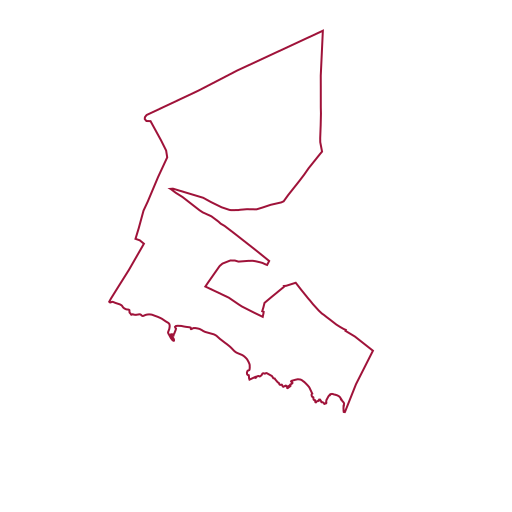 Al Raml, Al Iskandariyah, Egypt (Albers equal-area conic projection), rotated 246°
{"feature_id": "37247803B98787115048764", "entity_name": "Al Raml", "entity_type": "district", "adm_level": 2, "iso_a3": "EGY", "parent_name": "Egypt", "parent_adm1": "Al Iskandariyah", "projection": "albers", "projection_center": [29.965, 31.237], "detail": "fine", "context": "isolated", "style": "outline", "palette": "rose", "viewbox_px": 512, "rotation_deg": 246, "n_neighbors": 0, "source": "geoboundaries", "source_scale": "gbopen_adm2", "svg_char_len": 5962}
<svg xmlns="http://www.w3.org/2000/svg" viewBox="0 0 512 512"><g transform="rotate(246 256 256)"><path d="M434.6,408.7L433.1,314.3L430.5,270.6L429.3,213.5L428.8,212.4L428.5,212.0L428.3,211.4L427.4,210.6L426.3,210.1L423.9,210.8L423.2,212.2L422.1,214.5L400.2,216.3L388.9,216.8L382.2,215.0L368.0,198.7L349.7,179.2L343.2,171.7L329.0,160.1L320.7,152.9L317.6,156.2L312.8,158.6L295.1,134.4L284.7,118.9L276.2,106.3L273.9,103.3L273.3,103.5L273.0,103.7L272.8,104.0L272.7,104.4L272.7,105.3L272.6,105.8L272.5,106.3L272.2,106.6L271.9,107.0L270.3,108.5L267.5,111.6L266.9,112.2L266.3,112.6L265.8,113.0L265.2,113.3L264.7,113.4L263.5,113.6L262.8,113.8L262.4,114.0L261.5,114.5L260.7,115.2L260.1,115.7L259.7,116.3L258.9,117.7L258.5,118.1L258.3,118.2L258.1,118.3L257.7,118.2L256.2,117.6L255.7,117.5L255.3,117.6L254.6,117.9L254.4,118.0L253.5,118.0L253.4,118.0L253.1,118.2L253.0,118.4L252.9,118.6L253.0,119.5L252.9,119.8L252.4,120.2L252.0,120.7L251.6,121.4L251.1,122.3L251.0,122.6L250.8,123.5L250.5,124.4L250.3,125.4L250.1,125.9L250.0,126.2L249.6,126.6L249.4,126.8L249.1,127.0L248.2,127.3L247.8,127.6L247.5,127.8L247.3,128.2L247.2,128.4L247.1,128.9L247.1,131.0L246.9,132.2L246.7,133.0L246.3,134.2L245.8,135.3L245.2,136.3L244.9,136.8L244.4,137.4L242.5,139.3L240.5,141.4L238.3,143.4L236.8,144.6L235.0,145.7L232.9,147.0L230.8,148.5L230.3,148.8L229.7,149.0L229.3,149.1L228.8,149.1L228.1,149.0L227.5,148.8L226.4,148.3L225.7,147.8L224.6,147.1L224.0,146.5L222.5,145.0L222.0,144.6L221.5,144.5L220.9,144.4L220.2,144.5L219.1,144.6L216.6,144.8L215.4,144.9L214.3,145.2L213.4,145.4L212.6,145.8L212.3,146.0L212.1,146.2L212.0,146.4L212.0,146.6L212.3,146.8L213.2,147.1L213.7,147.1L214.3,147.1L214.8,147.0L216.6,146.4L217.3,146.2L218.2,146.2L218.7,146.3L218.9,146.4L219.0,146.5L218.8,147.2L218.3,148.0L218.0,148.6L216.8,148.2L216.8,148.3L218.0,148.8L218.2,149.6L221.3,152.7L222.3,153.4L223.4,153.1L224.2,153.2L224.6,154.3L224.2,155.8L223.4,157.5L222.5,159.3L220.9,161.5L219.7,163.3L217.8,166.5L217.1,167.2L215.8,166.8L215.6,166.9L215.5,167.4L215.6,169.5L214.7,171.5L213.4,173.4L212.3,174.8L210.3,176.4L208.9,177.3L207.3,178.7L201.6,185.6L200.8,186.3L200.1,186.8L199.3,187.4L195.0,189.3L194.1,189.8L189.1,192.5L187.6,193.4L184.3,195.1L182.7,195.8L181.4,196.3L178.3,197.4L177.3,197.9L176.5,198.3L175.3,199.2L174.0,200.4L172.1,202.2L171.4,202.9L170.3,203.7L168.9,204.5L167.7,205.0L166.7,205.4L165.1,205.9L164.7,205.9L162.5,206.1L160.1,206.1L159.0,205.9L156.4,204.8L154.9,203.9L154.5,203.4L154.6,201.7L153.7,200.7L153.2,200.3L152.1,199.9L151.6,199.8L150.8,200.0L150.5,200.3L150.1,200.9L149.9,200.9L147.0,199.9L145.7,199.8L145.8,206.0L144.9,205.9L144.8,206.2L145.6,207.9L145.6,208.3L145.3,209.6L144.5,210.3L144.4,210.6L144.8,212.5L145.9,214.0L146.0,214.3L145.7,215.4L145.1,215.9L144.9,216.3L144.9,217.5L144.7,218.1L139.9,221.7L138.3,222.0L137.3,222.1L136.4,223.3L135.8,223.3L134.4,223.7L131.7,224.5L131.1,225.0L130.6,225.2L130.3,225.3L129.7,225.2L129.2,225.2L128.5,225.6L128.2,226.3L128.0,226.9L128.0,227.2L127.8,227.3L125.9,227.4L125.4,227.8L125.5,229.9L125.3,230.2L125.4,230.6L125.1,230.8L124.6,230.7L124.5,230.8L124.3,231.4L124.1,231.5L123.8,231.2L123.7,231.3L124.0,233.9L124.0,234.2L123.7,234.1L123.6,233.9L123.1,231.3L122.9,231.0L122.6,230.9L122.4,231.2L122.8,232.8L123.0,233.9L123.3,234.7L124.0,234.8L124.6,235.0L124.8,236.9L125.0,237.4L125.2,237.7L125.7,237.7L126.0,237.3L126.4,237.3L126.8,237.1L127.1,237.0L127.3,237.2L127.5,237.6L126.9,241.7L126.4,244.1L125.1,246.3L124.6,246.8L123.7,247.5L121.6,248.6L121.5,248.8L118.4,250.0L116.4,250.7L114.6,251.2L113.4,251.3L107.5,251.4L107.5,251.2L107.4,251.0L107.1,250.7L106.6,250.3L105.4,250.0L104.6,250.1L104.3,250.2L104.0,250.5L103.8,250.8L103.5,250.9L103.1,250.8L102.7,250.6L102.0,250.3L101.2,250.3L100.7,250.6L100.7,250.8L100.3,251.2L100.2,251.3L98.3,250.8L98.1,250.9L97.9,251.2L98.0,251.5L98.5,251.8L98.4,253.3L98.2,253.7L98.2,253.8L98.3,254.1L98.6,254.3L98.7,254.5L98.8,254.8L98.6,254.9L98.3,254.8L98.3,255.0L98.5,255.1L98.8,255.1L99.1,255.3L98.9,255.9L98.8,256.1L98.4,256.2L98.1,256.2L97.7,256.0L97.1,256.4L96.4,256.4L96.1,256.3L95.9,256.3L95.7,256.4L95.6,256.6L95.4,257.3L95.0,257.6L94.4,258.0L93.9,258.2L93.6,258.2L93.3,258.2L93.2,258.2L93.0,258.4L93.1,258.9L93.1,259.3L92.9,259.6L92.9,259.8L92.9,260.2L93.1,260.4L93.3,260.6L93.9,260.6L94.1,260.7L95.0,261.3L95.7,261.7L98.4,265.2L98.7,265.8L98.8,266.1L98.7,266.6L98.7,266.8L98.9,266.9L99.1,266.9L99.3,267.0L99.4,267.3L99.5,267.9L99.2,268.6L99.2,269.0L99.0,269.5L98.6,270.1L97.7,271.0L96.9,272.2L96.7,272.3L96.1,273.1L95.2,273.9L94.3,274.6L93.3,275.1L92.9,275.2L92.7,275.3L92.4,275.4L91.9,275.4L91.4,275.4L90.7,275.4L90.7,275.6L90.2,275.7L90.1,275.4L86.8,276.4L86.0,276.5L85.6,276.5L85.2,276.4L84.0,275.6L84.0,275.4L83.6,275.1L83.4,275.3L82.5,274.6L81.6,274.1L79.8,273.4L78.7,272.9L78.2,273.0L77.8,272.8L77.4,273.4L77.9,273.7L77.6,274.1L98.2,295.2L121.9,324.3L142.2,313.6L151.2,307.3L151.9,308.0L153.8,306.3L157.1,303.9L160.7,301.5L168.0,297.6L171.6,295.6L174.5,294.1L176.6,292.8L180.7,291.1L186.8,289.1L188.9,288.4L193.1,287.3L196.0,286.4L206.5,283.6L215.4,281.4L216.5,271.5L217.1,269.7L216.7,269.8L212.0,252.7L209.7,244.7L206.1,241.9L203.0,239.2L201.9,240.3L200.7,239.6L198.7,238.1L197.7,237.4L204.9,231.3L215.6,222.6L218.8,220.5L229.0,214.2L248.7,197.3L251.5,201.8L261.4,218.3L261.8,219.2L262.7,222.3L262.4,229.6L262.3,230.8L260.5,234.8L258.0,237.7L254.9,246.4L253.0,251.0L251.3,253.6L248.5,257.3L247.0,259.1L244.7,261.1L243.3,262.5L246.1,266.0L261.9,257.9L284.0,246.2L296.3,239.5L299.9,236.9L302.7,235.7L310.4,231.4L317.5,225.1L320.8,223.0L330.7,217.7L339.7,212.9L346.4,208.4L351.8,205.4L352.1,205.2L351.3,207.5L330.7,231.4L323.6,236.8L314.5,244.4L309.0,250.4L308.0,251.9L305.1,258.7L304.8,260.0L302.5,266.6L298.4,275.5L297.6,281.9L296.8,290.2L294.7,300.8L294.7,303.5L298.6,310.2L306.8,325.9L310.8,333.2L314.8,339.8L323.3,356.3L324.5,358.8L333.9,361.0L337.6,362.6L349.2,368.3L359.8,373.3L365.3,375.6L384.2,384.0L394.4,388.5L434.6,408.7Z" fill="none" stroke="#9f1239" stroke-width="2"/></g></svg>